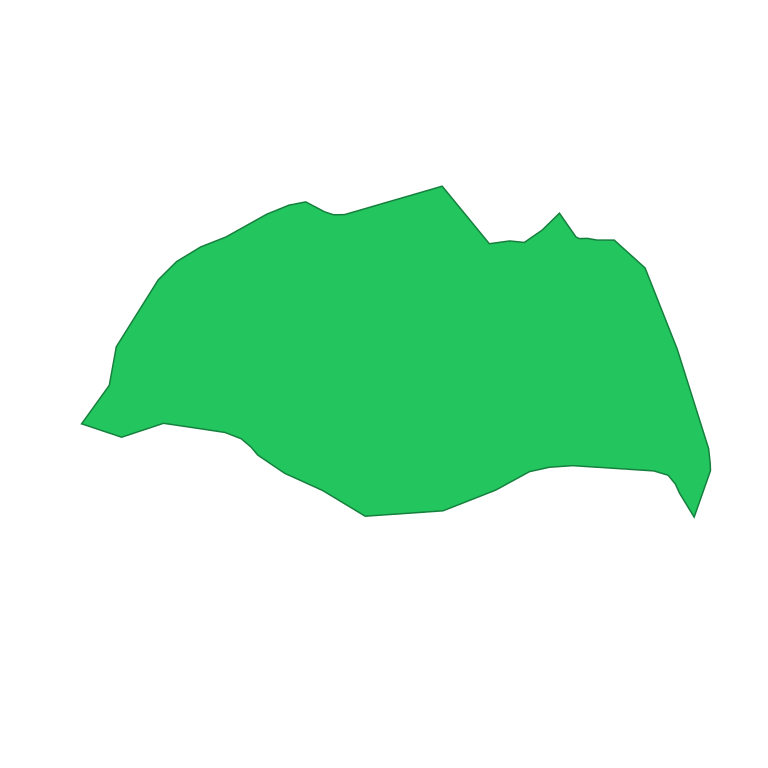 outline of Zug, rotated 168°
{"feature_id": "CHE-177", "entity_name": "Zug", "entity_type": "Canton", "adm_level": 1, "iso_a3": "CHE", "parent_name": "Switzerland", "parent_adm1": "", "projection": "robinson", "projection_center": [8.52, 47.166], "detail": "fine", "context": "isolated", "style": "filled", "palette": "green", "viewbox_px": 768, "rotation_deg": 168, "n_neighbors": 0, "source": "natural_earth", "source_scale": "10m", "svg_char_len": 755}
<svg xmlns="http://www.w3.org/2000/svg" viewBox="0 0 768 768"><g transform="rotate(168 384 384)"><path d="M176.9,514.6L165.7,488.0L162.9,485.7L154.6,484.1L145.7,480.5L128.9,476.9L104.5,443.2L89.9,356.9L79.9,253.2L81.5,238.0L82.7,231.3L108.3,189.3L117.5,215.4L119.9,225.8L125.1,235.7L138.2,242.9L216.4,264.9L239.6,268.2L260.0,268.0L296.8,257.0L352.6,247.7L429.9,258.6L466.2,292.6L499.6,317.2L522.2,340.6L527.1,349.8L535.0,360.1L549.7,369.7L607.8,391.4L651.7,386.5L688.1,407.9L653.0,439.8L638.1,476.1L583.1,532.9L561.4,546.9L534.8,556.2L508.3,560.6L463.3,574.5L439.8,578.7L422.7,578.4L406.5,564.9L398.2,560.0L387.5,557.9L286.0,565.4L251.8,499.3L231.3,497.8L217.3,493.3L197.4,501.6L176.9,514.6Z" fill="#22c55e" stroke="#15803d" stroke-width="1.5"/></g></svg>